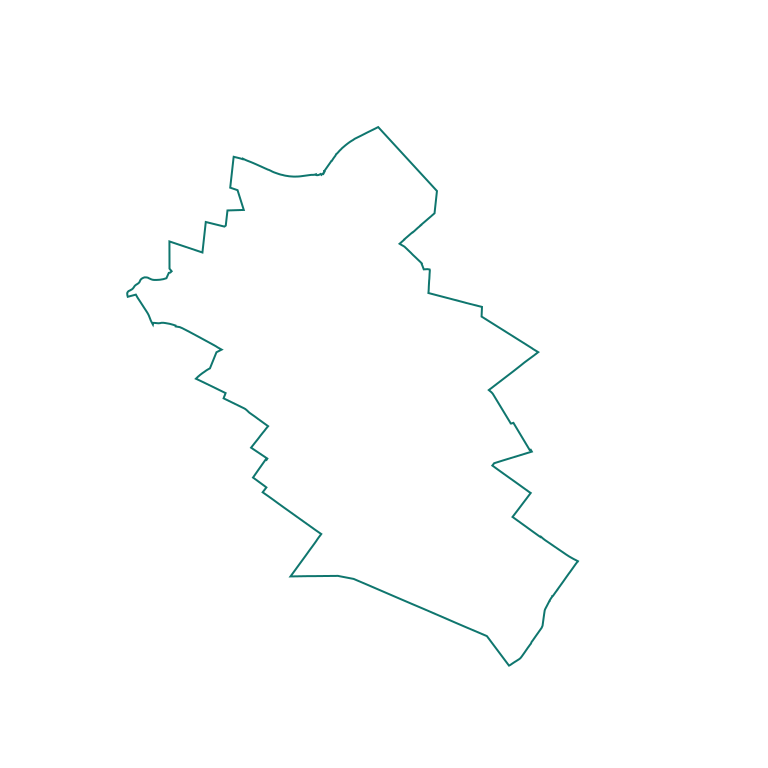 the district of Hoogeveen, Drenthe, Netherlands, rotated 33°
{"feature_id": "6326949B96406683138196", "entity_name": "Hoogeveen", "entity_type": "district", "adm_level": 2, "iso_a3": "NLD", "parent_name": "Netherlands", "parent_adm1": "Drenthe", "projection": "equal_earth", "projection_center": [6.501, 52.728], "detail": "fine", "context": "isolated", "style": "outline", "palette": "teal", "viewbox_px": 768, "rotation_deg": 33, "n_neighbors": 0, "source": "geoboundaries", "source_scale": "gbopen_adm2", "svg_char_len": 5781}
<svg xmlns="http://www.w3.org/2000/svg" viewBox="0 0 768 768"><g transform="rotate(33 384 384)"><path d="M544.8,360.2L542.8,359.2L542.1,360.0L513.7,346.1L512.2,347.9L512.1,348.0L511.8,348.1L511.7,348.0L502.6,343.6L481.3,333.3L480.4,332.9L480.1,332.8L479.7,332.7L478.9,332.5L478.5,332.4L475.2,332.0L485.5,303.0L488.5,294.2L490.0,289.6L491.9,284.5L493.8,279.5L496.0,273.3L489.5,273.5L489.1,273.4L462.0,273.8L429.1,274.3L424.2,266.0L409.0,271.2L408.3,271.4L406.4,272.0L371.7,283.5L370.7,281.6L369.5,279.5L368.7,278.2L365.5,272.6L364.8,271.2L362.9,267.9L362.7,267.6L360.6,263.8L360.3,263.5L359.9,263.1L357.7,264.1L357.5,264.3L354.9,266.2L352.1,264.1L350.5,263.0L350.2,262.8L350.2,262.4L349.9,262.3L349.8,262.2L347.8,261.8L344.0,261.1L342.0,260.7L338.1,260.0L335.8,259.5L335.5,259.4L326.5,257.7L325.9,257.7L325.2,257.7L323.8,257.8L321.4,257.9L320.7,257.9L322.3,252.2L322.4,251.9L322.2,251.8L324.7,243.2L325.3,241.3L325.5,241.3L326.1,239.3L327.2,235.0L328.5,230.7L328.3,230.7L329.8,225.7L333.4,213.3L323.3,193.3L239.2,171.7L238.6,172.7L237.8,174.1L232.8,182.5L229.3,188.6L228.4,190.1L225.9,194.3L225.2,196.1L224.3,197.9L223.5,199.7L222.8,201.5L222.2,203.2L221.6,205.0L221.1,206.7L220.4,209.0L220.1,210.7L219.7,212.3L219.4,214.4L219.1,216.1L218.9,216.9L218.8,217.2L218.7,217.3L218.9,218.9L218.8,220.5L218.7,222.2L218.7,225.4L218.4,225.6L218.4,226.6L218.0,237.6L217.9,237.8L217.7,238.0L218.1,238.6L218.5,238.5L218.5,239.4L218.4,240.0L218.3,240.6L218.7,240.6L218.7,240.9L218.1,240.9L217.6,242.7L216.5,242.3L215.9,243.4L215.6,243.9L215.0,244.6L214.7,244.9L214.3,245.2L214.0,245.3L213.6,245.6L213.3,245.7L212.1,246.0L212.1,245.9L211.6,246.5L210.5,247.3L209.7,247.8L209.0,248.3L201.2,255.0L200.1,255.9L198.9,256.8L197.6,257.7L196.5,258.5L195.2,259.3L192.7,260.7L191.2,261.5L189.8,262.1L188.3,262.8L186.8,263.4L185.2,263.9L183.7,264.5L182.1,265.0L180.5,265.4L178.9,265.8L176.4,266.4L174.6,266.7L173.3,266.8L171.1,267.1L170.3,267.3L169.6,267.5L167.9,267.7L167.6,267.8L164.2,268.3L156.5,269.5L154.1,269.9L151.9,270.3L149.9,270.7L148.1,271.1L145.9,271.5L142.9,271.9L143.1,272.4L140.9,273.0L137.9,274.0L136.0,274.7L134.2,275.3L134.5,276.0L148.1,303.1L155.6,301.2L171.6,314.4L158.2,323.7L160.0,327.3L165.0,337.3L164.7,338.2L164.4,338.9L146.3,345.2L160.1,372.6L126.4,381.3L141.1,403.8L141.3,404.1L144.5,405.1L144.1,406.9L143.0,408.0L143.9,413.8L142.3,415.7L141.6,416.5L140.9,417.1L139.5,418.4L137.8,419.7L136.7,420.5L135.8,421.1L134.2,422.1L133.9,422.2L133.6,422.4L133.1,422.6L132.4,422.8L131.7,423.0L130.9,423.1L128.9,423.4L128.5,423.4L127.9,423.5L127.4,423.7L126.5,424.1L125.7,424.6L125.2,424.9L124.8,425.4L124.6,425.6L124.2,426.2L123.9,426.7L123.7,427.1L123.4,427.7L123.3,428.1L123.2,428.4L123.1,429.2L123.1,429.5L123.1,429.8L123.2,430.1L123.3,431.1L123.4,431.4L123.4,432.0L123.3,432.6L123.2,433.1L123.0,433.6L122.8,434.2L122.1,435.6L121.9,436.2L121.8,436.5L121.6,437.1L121.5,437.8L121.5,438.3L121.5,438.5L121.5,439.7L121.4,440.3L121.4,440.5L121.3,441.1L121.2,441.4L120.9,442.2L120.3,443.2L120.3,443.4L119.3,445.0L119.2,445.3L119.1,445.5L119.0,446.0L119.0,446.5L119.0,447.0L119.1,447.5L119.3,447.9L119.5,448.1L119.7,448.4L120.1,448.9L120.3,449.2L121.6,450.4L127.2,444.2L127.8,444.5L129.3,445.3L130.5,445.9L134.4,447.6L141.3,450.7L143.8,451.8L146.7,453.1L148.6,454.1L149.7,454.8L152.9,457.1L153.7,457.7L155.6,458.8L157.8,460.0L157.6,459.5L156.8,459.0L156.9,458.7L157.0,458.6L157.8,458.0L160.1,456.8L160.7,456.5L161.2,456.2L161.8,455.9L162.3,455.5L163.3,454.7L163.8,454.1L164.4,453.6L165.7,452.8L167.6,451.9L171.4,450.3L172.0,450.1L174.8,449.2L177.4,448.5L177.9,449.2L181.8,447.5L182.0,447.5L184.2,447.1L192.9,446.2L193.5,446.2L194.3,446.1L205.2,445.2L210.4,444.8L222.3,443.9L224.5,443.9L229.1,443.6L226.2,448.6L227.2,453.8L229.5,465.7L228.9,466.7L228.4,467.7L227.9,468.7L227.5,469.6L226.7,471.7L225.8,473.8L225.2,475.5L224.8,476.6L224.5,477.7L224.1,478.9L223.7,480.6L223.4,482.0L225.5,481.7L234.9,480.5L256.1,477.9L256.5,479.7L256.9,481.8L257.3,483.4L276.8,481.0L279.9,480.6L280.6,480.6L281.2,480.5L282.1,480.6L283.6,480.8L286.1,481.3L287.1,481.4L289.6,481.5L292.7,481.6L294.6,481.7L297.5,481.9L309.8,482.5L309.4,485.6L309.2,488.4L308.9,490.9L308.5,495.1L308.4,496.8L308.2,499.2L307.7,504.3L307.2,509.8L326.8,510.1L326.8,511.7L325.9,511.7L325.4,524.7L325.1,533.8L339.4,534.6L341.7,534.8L341.2,540.9L347.2,541.1L347.7,541.1L361.2,541.8L367.3,542.1L406.0,543.8L413.1,544.0L413.0,545.6L412.8,548.1L412.7,551.0L412.7,552.7L412.4,558.9L412.1,563.7L411.8,570.5L411.2,581.4L410.4,596.3L425.4,586.2L427.0,585.2L449.9,570.0L452.2,569.1L464.7,564.0L487.8,560.0L508.9,556.4L526.9,553.3L538.8,551.2L567.1,546.4L573.1,545.4L584.7,543.4L607.6,539.4L642.2,552.1L642.4,551.8L643.0,550.7L643.9,548.5L645.2,545.5L645.3,545.4L647.2,541.2L647.3,541.0L647.6,540.0L647.8,539.1L647.8,538.7L647.9,538.0L648.0,535.7L648.1,533.2L648.3,526.3L648.4,525.3L648.4,524.9L648.5,522.6L648.6,522.3L648.6,521.7L648.5,521.2L648.4,520.6L648.3,520.1L648.3,519.2L648.4,518.6L648.6,512.6L649.0,502.5L648.8,501.6L648.7,500.9L648.6,500.3L648.3,499.7L643.6,489.7L642.2,486.6L642.1,486.4L641.9,485.6L641.8,485.0L641.7,484.2L641.5,481.9L641.0,476.8L641.1,476.0L640.9,476.0L640.8,474.9L640.8,474.4L640.8,472.4L640.9,470.3L640.7,470.2L641.0,469.8L641.1,469.7L641.2,467.5L641.3,464.9L641.5,462.3L641.4,462.3L641.9,451.9L642.1,446.2L642.2,444.2L642.2,443.8L642.3,441.8L642.4,440.7L642.8,431.3L643.0,428.2L643.2,427.8L643.2,427.0L640.1,427.3L638.3,427.5L636.7,427.6L634.9,427.7L633.2,427.8L631.5,427.8L629.6,427.8L616.4,427.5L603.7,427.2L602.7,427.1L601.5,427.0L600.2,426.8L598.7,426.6L598.7,427.1L597.0,427.1L590.8,426.8L590.6,426.8L564.2,425.5L565.0,415.1L566.4,395.5L565.2,395.5L564.4,395.5L550.0,394.8L533.4,394.1L525.2,393.7L519.3,393.4L519.5,390.9L519.5,390.5L525.1,383.7L544.8,360.2Z" fill="none" stroke="#0f766e" stroke-width="2"/></g></svg>